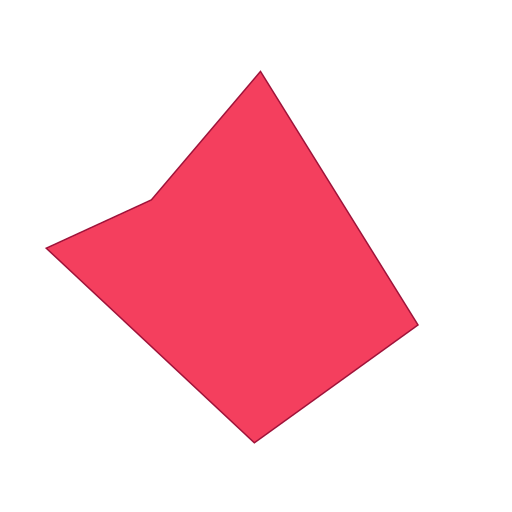 outline of Shirin city, Tashkent, Uzbekistan, rotated 128°
{"feature_id": "79887680B49075560647606", "entity_name": "Shirin city", "entity_type": "district", "adm_level": 2, "iso_a3": "UZB", "parent_name": "Uzbekistan", "parent_adm1": "Tashkent", "projection": "robinson", "projection_center": [69.117, 40.217], "detail": "fine", "context": "isolated", "style": "filled", "palette": "rose", "viewbox_px": 512, "rotation_deg": 128, "n_neighbors": 0, "source": "geoboundaries", "source_scale": "gbopen_adm2", "svg_char_len": 242}
<svg xmlns="http://www.w3.org/2000/svg" viewBox="0 0 512 512"><g transform="rotate(128 256 256)"><path d="M404.2,142.3L210.6,85.9L107.8,366.1L276.2,373.0L379.0,426.1L404.2,142.3Z" fill="#f43f5e" stroke="#9f1239" stroke-width="1.5"/></g></svg>